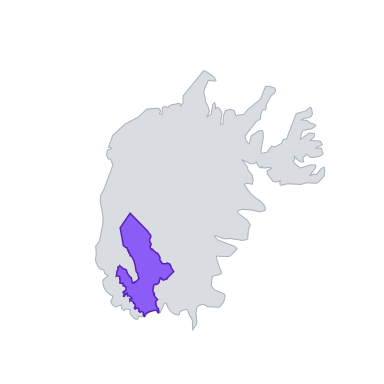 Fljótsdalshérað, Austurland, Iceland (highlighted), rotated 126°
{"feature_id": "244011B83679589752148", "entity_name": "Fljótsdalshérað", "entity_type": "district", "adm_level": 2, "iso_a3": "ISL", "parent_name": "Iceland", "parent_adm1": "Austurland", "projection": "albers", "projection_center": [-14.894, 65.096], "detail": "fine", "context": "in_parent", "style": "filled", "palette": "violet", "viewbox_px": 384, "rotation_deg": 126, "n_neighbors": 0, "source": "geoboundaries", "source_scale": "gbopen_adm2", "svg_char_len": 9077}
<svg xmlns="http://www.w3.org/2000/svg" viewBox="0 0 384 384"><g transform="rotate(126 192 192)"><path d="M279.7,119.8L282.6,120.1L287.2,118.0L293.9,111.9L296.7,110.6L303.0,110.5L295.3,116.5L292.4,123.0L290.2,126.2L290.2,127.6L295.7,131.6L298.4,130.3L299.5,130.8L300.6,132.6L301.3,136.3L300.9,140.2L299.3,144.1L297.1,147.3L297.4,148.3L299.2,148.8L308.3,146.8L309.4,151.6L310.2,153.1L310.0,154.7L306.4,159.8L310.7,156.6L314.1,155.7L319.9,157.2L322.4,159.0L323.8,162.2L326.7,161.1L328.1,163.0L328.2,164.9L326.9,170.3L323.5,173.1L325.7,177.0L327.4,177.0L327.8,177.9L327.6,180.2L325.0,183.0L329.5,185.9L330.1,187.1L329.9,190.5L329.1,192.5L327.8,193.7L324.6,193.9L322.6,195.3L323.3,197.4L322.8,203.2L320.3,208.1L317.9,210.7L315.6,212.4L309.0,210.6L309.3,214.7L307.0,217.3L307.4,219.4L308.3,220.5L307.9,223.2L304.9,228.9L302.8,230.7L298.5,233.0L292.4,238.1L286.1,238.0L270.7,245.2L264.6,249.1L253.4,260.8L248.7,263.8L240.8,265.0L216.6,271.9L213.7,276.5L213.5,277.5L214.5,279.3L212.5,282.6L208.8,284.8L207.1,284.7L204.2,282.5L203.8,283.5L204.8,286.0L192.8,289.4L176.7,286.2L162.7,279.4L151.4,277.3L144.1,268.6L144.0,267.3L145.1,264.9L148.0,264.2L146.9,261.6L141.7,265.4L140.1,265.2L138.2,263.2L138.3,261.5L134.4,260.5L128.0,254.7L127.6,253.5L129.4,252.0L129.1,251.7L125.3,251.6L119.4,255.7L87.0,253.9L86.2,251.3L86.0,242.0L87.6,238.2L88.9,238.7L92.0,244.4L100.9,242.5L104.6,241.0L108.4,236.3L110.4,234.9L113.7,228.9L116.7,225.2L122.3,224.0L117.6,222.3L109.1,226.6L106.4,226.3L107.9,224.2L110.9,222.0L109.0,221.6L108.4,220.4L108.6,218.0L110.5,214.3L120.6,208.6L118.5,207.1L111.5,211.5L106.5,212.8L102.9,210.0L101.5,206.6L101.7,205.2L104.5,201.4L104.2,200.6L102.7,200.0L99.0,195.8L92.4,195.3L76.5,191.1L63.6,194.6L61.0,191.8L59.4,186.3L60.1,184.4L62.4,183.5L68.3,184.5L77.4,183.3L81.8,180.8L83.2,181.8L83.8,183.3L89.4,181.8L92.6,179.5L97.3,181.4L115.6,182.1L118.3,178.9L119.7,174.8L119.4,173.9L112.3,177.0L110.8,176.8L103.4,173.9L100.9,171.2L102.0,169.5L106.5,166.1L117.6,160.7L119.2,159.5L119.5,158.0L115.7,154.7L107.9,154.6L106.4,151.1L100.2,148.3L95.8,149.0L93.8,146.7L67.3,153.8L59.9,147.8L54.2,146.1L53.9,144.6L58.0,140.5L60.4,140.0L62.7,140.7L66.6,144.6L69.5,146.0L66.4,140.8L66.9,136.2L65.8,134.9L65.1,131.7L65.7,130.8L70.2,132.1L76.8,138.3L80.5,137.9L85.6,135.2L75.4,131.9L72.8,127.3L75.4,125.5L80.7,126.5L75.7,118.6L75.6,117.3L77.1,114.3L84.1,118.1L80.8,113.4L80.8,112.4L82.0,111.8L83.0,109.3L85.0,108.5L88.6,109.9L93.8,115.5L94.4,117.0L94.0,122.0L96.4,121.5L99.1,122.6L101.8,119.5L103.2,120.5L104.1,123.6L103.1,130.2L105.0,128.1L107.8,128.3L108.9,122.9L108.9,118.4L100.6,112.3L97.6,108.2L98.1,107.0L100.0,106.2L109.3,106.4L105.6,103.8L104.9,101.5L97.9,101.4L94.5,100.1L94.5,98.9L96.1,97.5L100.8,94.6L108.8,95.3L111.9,96.6L117.3,104.8L121.9,108.4L129.2,119.5L134.2,124.0L134.3,125.0L133.3,126.1L131.1,127.2L134.1,129.3L135.8,132.2L135.8,133.3L133.2,141.3L130.9,143.8L126.0,141.7L126.9,144.4L130.2,147.6L130.9,149.2L130.2,150.7L132.0,150.4L132.4,151.3L131.1,155.9L130.1,157.5L133.0,158.7L134.8,161.2L136.5,170.9L138.5,163.8L139.5,161.2L140.9,160.4L143.0,153.2L146.9,149.2L150.2,147.8L153.0,153.2L155.3,153.9L158.5,145.1L159.4,138.5L159.3,131.2L160.2,126.0L162.1,123.0L164.2,122.2L168.5,125.7L171.6,133.3L176.7,141.6L180.5,143.9L181.2,143.7L182.1,141.2L182.3,130.7L184.5,125.3L189.2,124.3L196.6,119.7L198.2,119.6L201.5,122.7L207.1,133.6L211.2,138.7L213.2,146.5L214.1,148.1L215.2,145.7L215.5,142.2L211.0,125.9L211.0,123.7L211.6,122.0L221.2,123.4L223.3,125.2L229.6,134.7L233.0,131.1L240.0,120.5L242.2,120.9L247.6,125.5L249.8,125.2L256.5,121.4L258.0,116.4L255.5,106.1L256.7,104.0L262.7,101.6L269.1,102.2L275.6,111.8L275.8,116.3L279.7,119.8Z" fill="#d9dde1" stroke="#a8b0b8" stroke-width="1"/><path d="M264.6,165.3L264.5,165.5L264.1,165.9L264.1,166.5L264.0,166.8L264.1,167.1L264.1,167.3L263.9,167.4L263.6,167.3L263.4,167.7L263.4,168.1L263.6,169.0L264.0,169.8L264.0,170.2L264.0,170.3L264.3,170.4L264.9,170.7L265.5,171.1L266.3,172.3L266.8,172.9L267.0,173.3L266.9,173.7L267.3,174.2L267.3,174.3L267.3,174.6L267.2,174.9L267.2,175.2L267.1,175.4L266.6,175.7L266.5,175.8L266.5,176.2L266.5,176.4L266.3,176.7L266.3,177.2L266.1,177.8L265.9,178.0L265.1,178.4L264.6,179.2L264.1,179.2L263.9,179.5L263.5,179.8L263.2,180.6L262.9,181.2L262.6,181.8L262.5,182.2L262.2,182.6L262.1,183.7L261.8,183.8L261.8,184.0L262.3,185.1L262.4,185.5L262.1,186.1L262.1,186.3L262.0,186.6L262.0,187.1L262.1,187.6L262.1,187.9L262.1,188.3L262.0,188.8L261.8,189.0L261.8,189.4L261.5,190.3L261.5,190.6L261.6,190.8L261.8,191.1L262.3,191.2L262.2,191.6L262.0,191.9L262.2,192.2L261.9,192.3L261.6,192.9L261.4,193.1L261.3,193.3L261.1,193.5L260.9,194.0L260.6,193.8L259.7,193.9L258.8,194.1L258.3,194.4L257.6,195.3L257.6,195.6L257.5,195.9L257.1,196.4L256.9,197.1L256.5,197.3L256.4,197.5L255.9,198.2L255.7,198.4L254.0,198.6L253.4,198.8L252.8,198.9L252.1,199.2L251.3,200.0L250.8,201.0L250.9,201.4L250.9,202.0L250.7,202.7L250.6,203.2L250.4,203.8L249.9,204.3L249.6,204.7L249.5,205.1L249.7,205.4L245.5,229.6L263.3,229.0L275.7,216.0L275.7,214.4L275.9,213.8L275.9,213.6L275.8,212.9L275.4,211.8L275.4,211.7L275.8,211.4L276.1,210.7L276.6,210.0L277.1,209.5L276.7,209.3L276.9,208.8L276.9,208.6L277.1,208.3L277.6,208.1L278.0,207.6L278.4,207.3L278.5,207.1L278.4,206.9L278.3,206.6L278.2,206.2L278.5,205.6L279.3,205.3L279.7,205.1L279.9,204.7L279.4,204.3L279.4,204.1L279.7,203.6L279.7,203.1L279.7,202.6L279.8,202.3L281.9,198.3L284.9,194.7L288.6,191.0L289.4,189.8L289.5,189.4L289.6,188.8L289.8,188.1L292.6,185.1L293.1,183.9L297.7,184.8L297.7,185.1L298.4,185.6L299.1,185.2L299.7,185.4L299.9,185.7L299.9,185.8L299.9,186.0L300.1,185.9L300.3,186.1L300.7,186.5L299.2,188.5L298.0,189.7L297.0,190.7L297.3,191.0L297.2,191.3L297.3,191.4L297.0,192.0L297.0,192.3L297.0,192.5L296.8,193.4L296.8,193.6L296.6,193.8L296.6,194.2L296.5,194.4L296.5,194.5L296.4,194.6L296.3,194.9L296.3,195.0L296.2,195.1L296.0,195.8L295.7,196.4L295.6,196.5L295.4,196.8L295.3,197.0L295.2,197.1L295.0,197.6L294.8,197.7L294.6,198.0L294.4,198.3L294.2,198.4L294.1,198.8L293.9,199.1L293.8,199.4L293.7,199.4L293.7,199.6L293.7,199.9L293.7,200.2L293.8,200.5L293.9,200.9L294.0,201.1L294.1,201.4L294.3,201.9L294.4,202.1L294.4,203.5L294.1,205.9L294.1,206.1L294.2,206.5L294.1,206.9L294.3,206.8L295.1,207.3L295.3,207.2L296.0,207.8L296.6,207.7L297.9,206.3L300.2,206.2L301.8,205.2L304.5,203.9L304.0,203.7L303.8,203.4L303.5,202.5L303.6,202.1L303.2,201.7L303.2,201.0L303.6,199.9L304.5,199.7L304.9,199.2L305.3,199.0L305.6,198.5L305.9,198.1L307.3,197.3L307.7,197.2L308.0,197.1L308.0,196.7L307.9,196.5L307.5,195.4L307.2,195.0L306.4,194.5L306.7,194.2L307.0,193.6L307.9,192.9L307.5,192.8L307.4,192.2L308.1,191.3L308.0,191.1L307.7,191.0L307.8,190.7L307.8,190.4L307.9,190.1L307.8,189.8L308.0,189.2L310.2,187.8L313.0,188.9L313.9,188.6L313.5,188.1L313.6,186.8L314.0,187.0L314.9,186.8L316.5,186.2L316.2,185.4L315.0,185.7L313.6,185.4L313.2,185.4L312.2,185.0L311.9,185.2L311.7,185.0L312.1,184.5L312.9,184.1L313.2,183.8L314.0,183.0L313.7,182.8L312.9,181.7L312.9,180.7L312.9,179.0L313.0,179.0L313.6,178.1L313.8,178.6L314.6,179.0L315.2,179.5L315.6,179.0L316.5,178.3L316.2,178.3L315.7,177.9L315.6,177.7L315.7,177.2L315.5,176.1L315.6,174.5L316.1,174.0L316.4,173.8L316.0,173.3L315.9,173.1L316.1,172.7L316.4,172.2L316.9,171.6L317.3,170.9L317.5,170.8L317.6,170.7L318.1,170.5L318.3,170.8L318.8,170.6L319.2,170.7L319.3,170.4L319.7,170.3L319.7,170.0L320.0,169.7L319.9,169.4L319.9,169.2L320.0,169.1L319.8,169.0L319.7,168.9L319.2,168.9L318.9,168.6L318.5,168.6L318.2,168.4L317.9,167.6L317.7,167.0L317.8,166.8L318.2,166.6L318.1,165.9L318.3,165.5L318.4,165.4L318.5,165.3L319.1,165.3L319.7,165.1L319.8,165.0L319.8,164.8L319.7,164.3L319.9,164.0L319.9,163.9L319.8,163.6L319.6,163.2L318.9,163.1L318.5,162.8L318.4,162.6L318.4,162.1L318.1,161.4L318.3,161.0L318.4,160.7L318.8,160.0L318.9,159.7L319.2,159.5L319.6,159.5L319.7,159.3L319.7,158.8L320.2,158.5L320.5,158.6L320.6,158.4L320.6,157.9L320.8,157.4L320.4,157.3L320.0,157.2L319.8,157.2L319.7,157.6L319.3,157.8L319.2,158.1L318.8,158.2L317.1,157.7L315.8,157.2L314.4,156.4L311.7,154.4L310.9,153.7L310.4,153.3L309.4,152.4L308.7,151.5L308.5,151.0L308.5,150.7L308.5,150.4L308.6,150.2L308.9,149.9L309.1,149.7L309.2,149.1L309.3,149.1L309.3,148.9L309.5,148.8L309.4,148.7L309.5,148.2L309.1,147.9L307.5,149.1L306.7,150.4L306.3,150.4L306.1,150.6L306.0,151.9L305.8,152.3L305.8,152.6L305.2,153.7L304.9,153.8L304.7,154.1L304.8,154.5L304.5,155.5L304.4,155.5L303.9,155.3L303.5,155.4L303.1,155.9L302.6,156.4L302.5,156.9L301.9,157.1L301.0,156.9L299.7,156.8L299.4,156.6L299.2,156.6L299.1,156.8L299.1,157.3L299.0,157.6L299.0,158.1L299.0,158.8L298.7,159.2L298.7,159.6L298.5,160.0L298.5,160.3L298.4,160.5L298.0,161.2L297.8,162.4L297.4,162.2L297.2,162.3L296.9,162.4L296.9,162.6L296.6,162.5L296.4,162.8L296.3,162.7L296.2,162.7L296.1,163.1L296.1,163.3L296.0,163.7L296.1,164.0L295.9,164.2L295.4,165.3L290.0,168.1L289.6,168.1L288.6,167.7L288.4,167.5L288.1,167.1L287.9,166.4L284.9,165.4L280.7,167.1L280.6,166.7L280.5,166.9L279.9,166.9L279.7,166.0L280.3,163.5L277.1,161.2L276.1,161.2L276.0,161.4L275.6,161.4L267.1,160.0L265.6,164.2L264.6,165.3L264.6,165.3Z" fill="#8b5cf6" stroke="#5b21b6" stroke-width="1.5"/></g></svg>